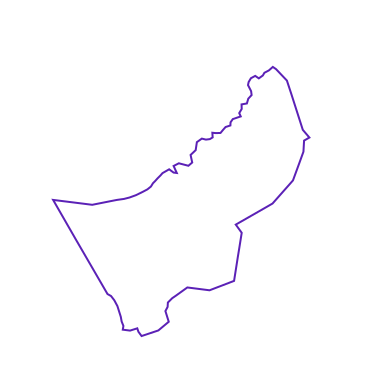 Nova Cruz, Rio Grande do Norte, Brazil, rotated 135°
{"feature_id": "56859067B97026747899103", "entity_name": "Nova Cruz", "entity_type": "district", "adm_level": 2, "iso_a3": "BRA", "parent_name": "Brazil", "parent_adm1": "Rio Grande do Norte", "projection": "robinson", "projection_center": [-35.448, -6.46], "detail": "fine", "context": "isolated", "style": "outline", "palette": "violet", "viewbox_px": 384, "rotation_deg": 135, "n_neighbors": 0, "source": "geoboundaries", "source_scale": "gbopen_adm2", "svg_char_len": 1293}
<svg xmlns="http://www.w3.org/2000/svg" viewBox="0 0 384 384"><g transform="rotate(135 192 192)"><path d="M69.7,157.6L52.3,191.4L46.1,203.7L45.7,219.5L46.4,223.3L51.6,223.6L56.5,225.1L59.5,224.3L64.4,225.1L65.2,229.4L69.9,230.8L74.2,229.7L76.8,228.0L78.9,221.5L81.3,218.4L86.2,218.2L90.6,215.8L95.0,218.9L98.1,215.6L102.8,214.4L104.1,211.0L111.6,214.7L115.5,214.0L117.8,211.9L122.3,214.2L125.8,214.0L130.1,213.6L133.6,216.9L135.7,219.5L138.8,216.0L142.0,216.8L145.1,219.2L147.3,222.8L153.3,223.8L159.8,219.0L166.8,219.2L171.0,212.7L176.0,213.1L181.0,221.6L186.6,223.4L189.3,216.2L191.3,218.8L192.1,224.2L199.5,226.2L202.6,226.0L206.8,226.0L210.4,225.8L213.4,225.8L217.2,224.9L221.7,225.4L226.6,226.9L233.9,229.4L240.1,232.3L245.0,235.2L250.7,239.5L255.6,242.8L271.6,253.5L295.8,284.6L307.7,240.6L309.5,233.8L319.2,197.3L323.9,179.6L322.8,175.7L323.5,170.4L325.4,164.1L330.6,154.1L333.3,150.2L335.2,145.8L338.3,143.6L333.8,137.8L327.1,134.3L328.7,131.1L329.5,125.8L313.7,117.9L300.2,116.7L295.0,126.6L290.5,128.0L287.2,130.9L281.1,130.9L276.8,130.1L262.8,127.8L249.1,110.1L225.1,99.4L205.2,113.9L198.1,119.0L185.7,128.0L184.1,138.0L150.3,128.8L143.2,126.9L115.4,128.6L112.4,128.8L95.8,136.5L84.7,141.7L76.4,149.1L70.5,147.5L69.7,157.6Z" fill="none" stroke="#5b21b6" stroke-width="2"/></g></svg>